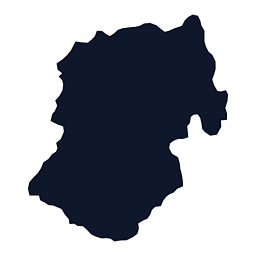 outline of Silveirânia, Minas Gerais, Brazil
{"feature_id": "56859067B59643635589042", "entity_name": "Silveirânia", "entity_type": "district", "adm_level": 2, "iso_a3": "BRA", "parent_name": "Brazil", "parent_adm1": "Minas Gerais", "projection": "orthographic", "projection_center": [-43.2, -21.146], "detail": "fine", "context": "isolated", "style": "filled", "palette": "ink", "viewbox_px": 256, "rotation_deg": 0, "n_neighbors": 0, "source": "geoboundaries", "source_scale": "gbopen_adm2", "svg_char_len": 1782}
<svg xmlns="http://www.w3.org/2000/svg" viewBox="0 0 256 256"><path d="M75.9,42.3L73.8,46.4L71.6,50.7L67.8,55.5L62.8,60.1L57.4,63.7L58.4,69.4L63.3,73.1L59.8,76.5L62.9,79.9L64.0,84.3L63.2,90.6L59.8,96.7L56.1,100.7L58.0,105.7L55.6,111.2L53.0,114.4L51.4,120.6L58.0,123.8L63.8,125.8L64.7,131.7L61.5,139.4L57.0,143.2L58.3,148.3L56.6,152.2L52.5,154.8L48.9,159.6L44.0,162.8L41.6,168.7L38.2,173.8L34.3,177.6L30.0,182.6L28.7,188.6L30.1,194.8L35.3,194.8L39.5,194.7L40.8,199.7L45.6,202.2L48.9,204.4L53.2,204.7L57.2,206.3L62.1,208.4L65.3,213.9L69.4,218.7L70.2,223.3L74.4,222.9L77.7,225.1L83.2,225.5L87.4,229.2L91.7,233.8L96.4,236.0L101.5,237.6L107.3,237.4L111.1,238.1L114.5,240.6L120.3,239.7L126.4,239.5L132.5,236.5L136.8,233.3L138.1,228.3L137.4,223.0L143.2,219.6L147.0,218.0L149.6,214.1L151.3,209.5L154.8,206.1L160.4,205.4L162.6,200.2L165.5,196.3L168.7,193.8L173.3,191.8L176.8,188.1L182.3,185.8L182.0,180.1L180.9,173.7L179.6,169.1L179.0,163.4L177.4,157.8L171.5,154.3L168.3,148.3L169.4,142.9L173.3,140.0L178.3,138.1L183.0,138.1L187.5,136.8L186.9,130.6L186.4,126.0L189.2,122.6L190.2,116.4L193.4,113.9L198.2,113.6L200.9,117.6L202.1,122.8L203.0,128.9L206.0,132.0L210.4,134.9L216.4,134.0L220.5,126.5L220.1,119.6L226.2,119.2L226.3,113.9L224.5,107.8L226.7,100.9L227.3,94.8L225.6,91.1L220.7,92.3L216.8,91.5L213.5,85.6L211.4,79.5L213.4,74.2L214.9,68.7L214.8,61.6L211.8,55.5L207.9,52.1L205.2,46.8L203.7,41.5L203.7,36.1L203.7,30.8L200.8,26.2L199.6,21.0L197.4,16.4L192.6,15.4L188.4,17.8L185.4,20.8L182.4,26.5L174.8,29.0L169.1,31.5L164.7,32.7L160.8,29.9L156.2,26.0L150.0,23.7L144.3,24.2L140.6,26.3L135.5,27.6L129.1,28.1L122.7,29.0L118.1,30.6L114.6,34.0L109.8,37.0L105.7,34.7L101.7,31.7L97.4,31.5L95.5,36.7L92.0,40.2L88.1,43.5L82.1,43.2L75.9,42.3Z" fill="#0f172a" stroke="#020617" stroke-width="1.5"/></svg>